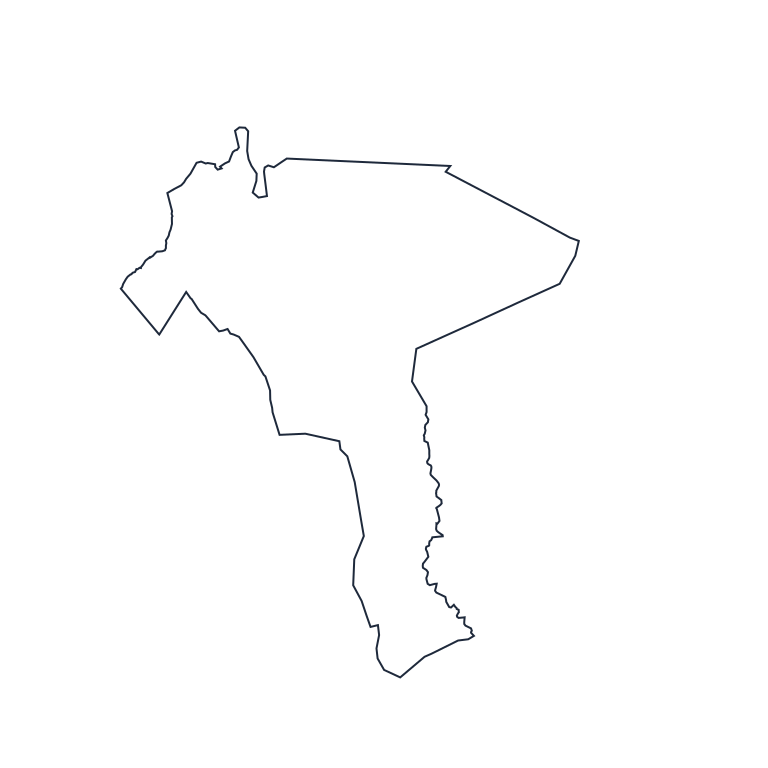 the district of San Francisco Chindúa, Oaxaca, Mexico, rotated 254°
{"feature_id": "50627088B18479476628960", "entity_name": "San Francisco Chindúa", "entity_type": "district", "adm_level": 2, "iso_a3": "MEX", "parent_name": "Mexico", "parent_adm1": "Oaxaca", "projection": "orthographic", "projection_center": [-97.323, 17.415], "detail": "fine", "context": "isolated", "style": "outline", "palette": "slate", "viewbox_px": 768, "rotation_deg": 254, "n_neighbors": 0, "source": "geoboundaries", "source_scale": "gbopen_adm2", "svg_char_len": 3417}
<svg xmlns="http://www.w3.org/2000/svg" viewBox="0 0 768 768"><g transform="rotate(254 384 384)"><path d="M627.3,228.4L608.5,227.9L606.0,226.7L603.6,226.9L602.7,226.0L596.3,224.3L591.2,221.4L589.0,219.6L586.0,218.0L584.0,216.1L582.1,213.9L579.4,213.6L577.2,212.5L574.7,211.8L573.6,210.8L572.9,210.3L572.7,207.5L573.4,203.8L573.8,202.4L573.2,200.9L572.1,199.0L570.9,197.3L569.9,193.9L570.4,193.8L568.3,188.7L565.2,185.3L563.3,182.6L562.5,182.3L563.1,181.1L562.2,178.6L562.7,177.7L560.3,175.6L560.2,173.0L559.1,171.4L559.2,170.6L557.8,167.2L555.9,164.8L552.5,161.3L552.0,160.8L549.3,159.0L548.2,157.3L493.8,181.4L493.5,181.6L527.0,219.2L519.7,221.7L518.8,222.5L507.5,225.9L502.9,227.8L499.3,231.2L498.3,231.7L480.1,240.0L479.7,244.1L480.0,248.6L480.0,248.8L474.8,250.2L473.0,253.1L469.3,257.6L464.3,259.4L445.8,265.9L426.0,270.9L424.0,272.1L409.2,272.7L400.1,270.3L391.9,269.9L387.5,269.1L363.9,269.6L357.9,294.7L341.3,325.3L333.1,324.1L324.6,328.8L297.8,328.8L259.0,324.4L243.4,322.7L223.7,307.1L199.0,298.9L181.6,302.7L165.9,303.4L154.2,304.1L153.9,311.7L144.0,310.1L131.9,303.9L121.9,302.2L109.1,305.3L97.5,318.7L110.6,347.8L111.6,355.1L117.0,384.5L115.4,394.6L117.1,401.0L120.9,399.1L121.8,399.5L122.6,400.4L125.1,400.3L129.3,395.7L131.2,395.0L132.3,395.3L133.0,395.5L137.5,397.2L137.7,395.8L138.6,391.2L140.1,390.1L141.3,390.2L142.6,391.4L143.7,392.6L143.9,393.0L146.4,393.5L147.7,391.9L148.7,392.0L150.1,391.1L152.5,390.3L151.5,388.4L150.7,386.8L151.6,385.2L157.4,383.8L159.2,384.1L162.4,384.3L169.1,376.8L171.2,376.1L172.0,376.5L174.6,378.1L177.5,379.6L177.9,377.6L178.0,372.6L179.9,370.9L184.8,371.0L186.0,371.3L188.3,373.1L191.0,374.4L193.5,373.5L196.6,370.8L198.5,371.1L200.6,372.0L201.6,373.5L203.9,376.6L205.7,379.0L210.4,379.2L210.9,379.2L213.3,378.7L214.5,379.0L215.9,379.9L216.1,382.5L216.5,383.0L218.3,383.5L220.2,384.4L220.9,386.3L222.4,387.6L223.3,388.2L221.4,398.5L222.6,398.7L224.2,397.3L226.5,395.4L228.4,394.2L230.2,394.1L233.9,395.5L235.6,396.0L235.0,396.8L237.1,399.6L240.6,400.1L249.2,400.3L250.3,400.0L250.6,400.2L251.5,403.1L252.2,404.8L253.3,406.5L256.7,407.1L261.4,403.5L264.1,403.9L264.5,403.9L264.9,404.0L265.4,404.4L267.1,404.9L269.6,407.4L270.7,408.5L271.8,409.1L273.2,409.2L274.2,408.9L276.9,407.8L280.6,405.6L282.6,404.5L283.8,403.9L285.3,404.0L286.1,404.4L288.0,405.4L289.9,406.3L291.1,406.7L292.1,406.7L293.0,406.4L293.6,405.6L294.9,404.4L295.8,403.9L296.8,403.9L297.7,404.1L298.7,405.3L300.5,407.1L302.3,407.8L304.1,408.2L307.9,409.3L311.9,409.6L315.6,409.9L318.1,407.1L320.4,407.6L321.8,408.1L323.7,408.1L324.9,409.4L327.9,411.1L330.8,411.2L333.3,412.5L335.1,415.6L337.8,416.9L342.9,415.5L345.3,417.2L350.9,418.8L378.7,411.6L408.9,424.8L418.0,487.6L425.2,534.7L431.9,580.5L454.5,603.2L467.8,610.7L473.5,603.0L503.0,573.0L571.0,501.8L575.3,507.8L627.5,352.7L625.5,346.4L623.9,341.6L622.7,337.9L626.0,332.9L625.3,330.2L625.2,329.7L625.0,329.0L621.3,327.2L618.5,326.7L608.2,325.1L596.9,323.3L597.4,318.1L597.8,314.8L604.2,310.6L614.4,317.3L621.3,319.6L630.3,316.7L637.2,315.8L637.6,315.8L645.7,316.7L664.4,323.1L668.6,321.2L670.5,315.7L668.5,310.6L651.4,309.7L649.6,307.3L649.6,305.1L648.6,302.6L646.5,300.9L644.5,299.3L640.6,296.4L639.9,291.9L638.1,286.3L636.0,287.3L635.9,283.2L639.1,281.6L641.8,282.2L645.0,275.5L645.1,273.4L648.2,269.5L648.3,264.8L639.5,255.9L635.8,250.4L633.0,247.4L630.9,243.9L629.3,236.2L627.3,228.4Z" fill="none" stroke="#1e293b" stroke-width="2"/></g></svg>